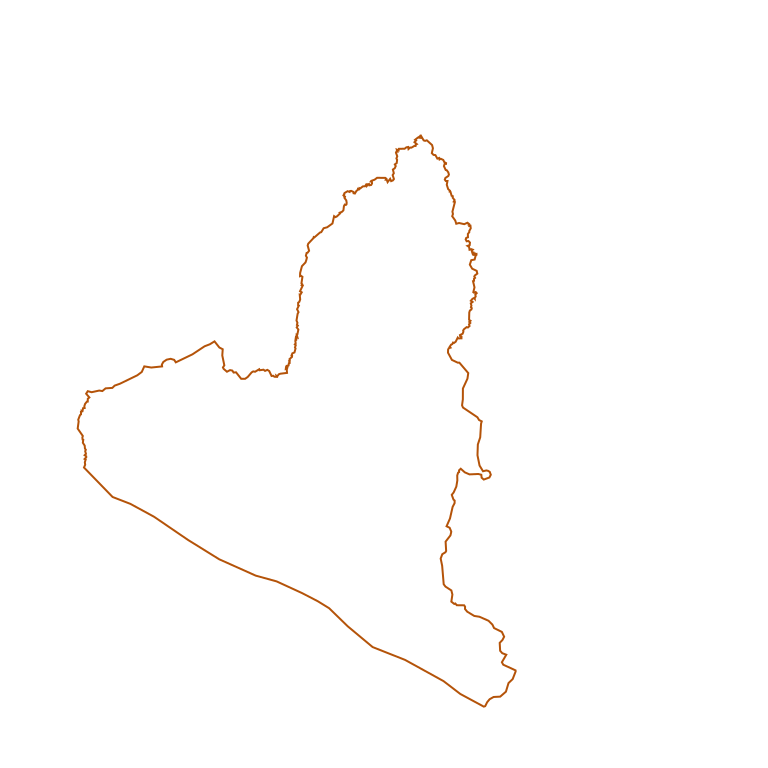 outline of Sissala West, Upper West, Ghana, rotated 209°
{"feature_id": "2480657B76140913943028", "entity_name": "Sissala West", "entity_type": "district", "adm_level": 2, "iso_a3": "GHA", "parent_name": "Ghana", "parent_adm1": "Upper West", "projection": "natural_earth1", "projection_center": [-2.221, 10.758], "detail": "fine", "context": "isolated", "style": "outline", "palette": "amber", "viewbox_px": 768, "rotation_deg": 209, "n_neighbors": 0, "source": "geoboundaries", "source_scale": "gbopen_adm2", "svg_char_len": 6166}
<svg xmlns="http://www.w3.org/2000/svg" viewBox="0 0 768 768"><g transform="rotate(209 384 384)"><path d="M365.7,541.8L366.2,542.6L366.9,542.0L367.8,542.3L367.8,540.6L368.5,540.2L369.6,540.8L369.9,542.2L370.6,541.8L371.9,543.1L371.5,544.5L373.2,544.2L374.3,542.9L376.0,545.1L377.9,545.3L376.4,547.0L377.4,549.4L379.5,550.0L380.9,548.9L382.7,550.1L382.9,551.7L381.7,553.0L383.4,555.9L383.0,558.2L383.6,559.1L383.6,562.2L385.1,564.3L386.0,563.6L386.4,564.6L387.2,564.4L387.2,565.2L389.2,565.5L391.3,562.7L396.4,561.2L398.5,559.2L400.9,561.5L405.7,563.8L406.1,566.1L407.7,567.9L410.2,577.5L411.4,577.3L411.4,579.1L414.2,580.2L414.9,581.6L416.1,581.4L419.0,584.3L419.8,584.1L420.0,585.0L422.4,585.6L425.7,588.7L426.9,592.3L428.3,591.5L429.9,592.2L430.2,594.0L428.6,597.1L428.8,598.7L430.4,600.3L432.8,601.4L433.8,601.1L437.2,603.6L437.7,606.0L436.5,606.6L436.8,607.3L438.8,607.3L440.8,608.7L443.6,608.5L444.3,607.3L445.4,608.4L446.6,607.0L450.0,609.1L451.8,608.4L454.1,609.1L455.5,613.9L457.8,616.3L464.7,617.9L465.9,616.6L467.4,616.3L473.0,619.6L472.3,618.7L473.3,616.8L472.4,616.6L473.8,616.0L475.2,612.7L474.0,612.5L474.6,610.3L471.6,609.7L472.2,608.8L471.8,607.5L472.7,607.2L474.6,604.0L475.8,603.5L476.5,601.4L477.8,603.0L479.2,601.8L480.0,599.8L485.0,596.9L484.5,595.4L486.4,595.2L484.9,593.7L485.8,593.3L485.7,592.1L482.8,589.6L482.5,587.3L481.2,586.4L480.0,583.4L481.0,581.3L479.4,580.3L479.2,577.9L480.2,575.9L477.6,573.1L477.7,570.9L474.7,568.1L474.9,566.4L476.1,564.9L478.1,566.4L478.7,562.3L480.5,563.9L481.5,563.5L481.5,564.7L482.8,564.9L490.0,561.0L491.3,558.1L493.6,555.5L493.7,554.7L492.7,555.1L491.7,553.6L491.7,551.9L493.1,550.7L494.0,551.6L494.6,551.2L495.0,549.2L495.8,550.4L496.3,550.1L496.4,547.8L498.3,546.6L499.6,543.5L500.5,543.4L500.2,542.3L501.4,542.1L501.0,540.8L501.7,539.8L501.8,536.5L503.1,536.1L503.8,537.2L506.3,537.0L507.2,536.4L507.1,535.3L509.3,535.0L511.1,531.9L510.9,529.7L510.4,530.0L509.7,528.6L508.9,528.8L508.6,527.5L506.0,526.3L504.5,524.4L503.9,522.9L504.2,522.1L505.3,521.9L505.3,520.2L503.7,516.2L504.2,514.3L505.8,512.3L505.1,511.9L506.5,507.6L507.4,506.4L509.0,506.6L506.9,499.4L509.7,493.5L512.3,491.0L512.5,486.4L513.4,485.5L516.0,478.4L516.7,478.4L516.5,477.1L518.3,470.0L517.9,468.1L514.1,464.2L514.5,461.7L515.2,461.1L514.5,458.3L512.7,457.2L512.0,454.5L511.6,452.3L512.9,447.3L511.2,440.5L509.7,437.6L509.0,438.4L507.3,438.2L505.0,432.0L503.9,431.6L503.9,430.5L502.8,430.7L502.4,424.4L500.4,424.3L500.5,421.6L501.1,421.4L498.3,417.3L497.9,414.8L498.5,413.5L497.2,411.1L496.5,411.2L496.3,407.3L493.6,405.4L493.6,403.6L491.3,397.1L489.4,395.6L488.8,393.4L487.7,393.3L487.8,391.2L485.3,390.1L483.9,385.6L484.5,385.1L482.2,382.7L483.9,382.6L483.2,380.7L482.7,381.1L482.1,380.1L482.5,378.7L481.0,376.8L481.2,375.4L480.0,375.2L479.6,372.8L478.6,372.2L477.6,368.2L479.0,366.4L478.7,364.1L478.1,364.2L477.6,363.1L478.7,360.0L478.0,359.3L478.3,357.4L477.6,358.3L476.7,356.6L477.3,356.1L476.5,354.0L478.0,352.6L478.0,351.6L477.3,349.8L476.4,351.2L475.9,349.2L474.2,346.7L479.7,342.7L480.7,341.5L481.1,338.9L481.9,339.0L481.2,338.3L483.4,337.2L484.9,337.5L486.2,336.5L490.7,339.7L492.9,339.8L494.4,337.8L496.3,338.1L499.5,335.7L500.3,336.4L502.7,332.2L504.5,331.6L505.4,330.0L506.6,324.1L508.0,321.2L511.4,319.3L519.1,322.5L521.1,321.1L523.2,322.2L525.4,321.5L527.3,318.6L531.6,319.5L532.9,320.4L532.7,322.9L539.3,330.6L541.9,336.2L545.7,336.1L552.9,339.1L555.6,334.3L559.2,330.0L565.9,317.1L576.6,302.0L579.2,303.4L582.8,302.6L585.9,299.9L587.7,296.3L587.7,293.3L586.6,291.8L595.5,285.6L602.2,283.2L601.7,277.1L604.0,272.0L615.1,256.2L618.8,252.0L619.7,248.9L625.4,245.2L626.9,241.3L629.9,240.2L635.7,235.1L639.6,234.1L639.8,231.1L635.2,229.4L635.9,227.5L634.6,225.0L635.3,224.6L635.8,221.7L635.3,219.2L634.2,217.9L635.5,216.9L634.6,214.3L635.4,214.1L634.9,213.5L635.6,212.8L634.3,210.6L634.8,209.3L634.1,204.5L632.9,203.2L630.3,196.5L622.2,192.5L621.9,191.0L620.7,189.3L620.0,189.4L618.9,186.6L615.9,185.0L614.3,182.6L612.9,181.9L612.8,180.4L610.8,178.4L611.3,176.6L609.4,176.4L608.9,175.6L609.5,173.3L608.3,173.3L607.7,170.5L606.2,168.5L605.9,165.5L566.6,153.6L547.7,156.2L520.6,156.4L479.8,152.6L443.1,150.8L403.3,154.2L382.2,159.3L354.3,161.4L336.5,161.9L323.3,161.3L298.3,154.5L266.4,148.4L231.8,152.9L187.9,153.0L167.0,149.9L140.3,150.2L139.3,151.3L139.5,155.7L138.8,159.5L136.4,163.4L130.8,166.9L128.2,174.0L130.1,182.8L128.4,188.3L129.5,196.4L130.1,197.3L143.6,196.3L146.0,197.8L145.8,206.5L150.1,205.9L153.1,207.0L157.3,213.7L156.3,217.5L156.4,221.2L160.7,224.3L169.4,223.9L172.5,226.1L177.8,227.6L187.7,226.7L192.6,224.9L200.8,225.2L204.1,226.5L205.1,228.5L206.6,229.3L213.1,225.8L215.2,226.6L215.9,225.7L219.6,226.3L222.1,233.0L225.0,236.1L232.0,236.6L234.7,237.8L245.0,253.2L249.8,258.8L250.5,263.4L248.7,266.6L248.7,268.1L253.7,276.0L252.5,283.8L253.2,286.3L253.6,287.5L256.9,290.1L260.3,289.9L261.1,298.4L264.4,309.8L264.5,314.0L265.7,316.3L267.2,316.6L271.0,319.9L270.5,322.9L271.0,329.3L273.1,335.2L275.6,339.5L276.2,342.4L275.6,343.3L276.5,344.9L275.8,347.1L270.5,345.9L265.4,346.4L257.9,351.0L254.9,351.8L253.2,349.4L250.4,348.8L246.5,353.3L246.6,356.4L248.9,358.4L250.9,358.5L252.6,358.0L255.1,355.7L260.9,359.0L267.7,367.0L272.6,376.6L274.0,384.0L279.9,396.4L280.4,398.7L283.4,398.6L286.2,400.2L303.5,401.7L305.4,403.2L307.6,408.8L312.8,418.3L313.6,429.1L315.6,434.4L328.4,439.2L329.9,438.4L336.3,438.0L343.2,442.4L344.6,445.1L344.7,446.7L343.5,448.0L344.6,448.4L344.4,450.9L343.6,452.0L343.7,453.7L342.7,453.8L341.8,455.7L342.0,460.3L341.1,459.9L338.4,461.5L339.2,463.0L340.5,462.7L341.3,463.6L339.6,466.1L339.9,468.2L340.7,469.2L340.6,470.7L339.3,473.8L338.0,474.1L337.3,476.2L338.6,477.4L338.1,479.2L339.5,479.6L339.0,481.2L340.7,481.4L344.1,487.9L344.5,489.9L343.7,491.5L344.0,492.9L345.2,493.3L345.5,494.9L347.2,496.6L346.3,498.7L348.4,498.9L347.9,501.4L346.9,502.9L345.9,502.5L346.5,503.5L346.2,504.9L347.5,506.5L347.0,508.4L348.4,508.9L349.5,507.5L350.4,507.6L351.7,512.4L356.0,517.1L355.3,517.9L356.3,519.6L355.8,521.0L357.1,521.7L357.2,522.9L355.9,525.8L357.8,527.9L362.8,527.6L366.8,530.0L367.7,534.6L365.1,536.8L366.1,540.8L365.7,541.8Z" fill="none" stroke="#b45309" stroke-width="2"/></g></svg>